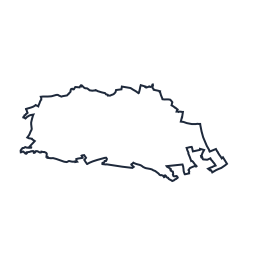 Boghis, Salaj, Romania, rotated 13°
{"feature_id": "2599482B63349683739439", "entity_name": "Boghis", "entity_type": "district", "adm_level": 2, "iso_a3": "ROU", "parent_name": "Romania", "parent_adm1": "Salaj", "projection": "equal_earth", "projection_center": [22.749, 47.16], "detail": "fine", "context": "isolated", "style": "outline", "palette": "slate", "viewbox_px": 256, "rotation_deg": 13, "n_neighbors": 0, "source": "geoboundaries", "source_scale": "gbopen_adm2", "svg_char_len": 5815}
<svg xmlns="http://www.w3.org/2000/svg" viewBox="0 0 256 256"><g transform="rotate(13 128 128)"><path d="M92.6,168.9L94.6,170.9L95.6,171.7L96.2,172.3L96.3,172.3L98.3,170.5L101.1,168.5L105.1,166.1L112.1,162.3L113.4,161.9L114.4,162.9L114.4,163.4L114.2,164.1L114.2,164.4L113.9,164.9L113.9,165.1L113.5,165.2L113.0,165.2L112.7,165.4L112.7,165.7L112.8,165.9L112.5,166.4L112.2,167.2L112.0,167.4L111.1,167.6L110.9,168.0L111.2,168.9L114.8,168.5L115.3,168.2L131.1,167.0L141.2,165.9L142.3,164.6L139.8,163.2L139.5,162.9L139.4,162.7L139.5,162.5L140.4,161.7L141.0,160.6L142.0,160.9L144.1,161.2L146.7,161.3L147.5,161.3L147.8,161.4L148.6,161.4L150.6,162.1L151.3,162.5L153.5,163.0L154.6,163.1L158.8,162.9L160.6,163.0L162.1,163.5L164.2,163.8L168.0,165.5L169.3,166.5L170.5,166.7L171.1,166.4L171.7,166.4L172.8,166.7L173.4,167.0L174.2,167.8L174.6,167.5L174.6,167.3L174.5,166.9L173.7,166.2L174.1,166.3L174.1,166.2L174.4,166.0L175.0,165.8L176.1,166.5L176.9,167.3L177.6,167.6L178.3,167.5L179.1,168.4L180.2,168.8L180.4,168.8L182.5,169.4L183.0,169.7L184.4,168.8L185.5,167.4L186.3,166.9L186.5,166.4L187.4,165.7L187.6,165.1L186.9,164.3L186.4,164.0L185.8,163.9L184.8,164.4L183.8,164.7L183.5,164.7L183.0,164.5L182.2,163.3L182.4,162.6L181.5,160.4L180.5,160.2L180.4,160.3L179.3,159.9L179.3,159.4L178.8,159.3L178.6,159.0L178.8,158.5L178.8,158.3L178.2,158.0L174.6,156.9L174.2,156.5L189.3,151.3L190.4,153.1L191.1,154.9L191.3,155.4L191.9,157.4L192.5,158.5L193.7,160.3L193.9,160.3L197.7,158.5L197.3,157.7L197.5,157.3L197.5,156.7L196.9,155.7L196.6,155.6L196.4,155.4L196.6,155.1L197.1,153.7L197.5,153.0L199.6,151.4L201.7,150.0L202.8,150.3L203.1,150.2L203.4,149.8L203.0,149.4L201.7,148.7L198.9,146.3L198.0,145.8L197.2,145.7L197.0,145.9L194.6,142.2L193.0,140.0L192.5,139.3L192.5,138.7L192.4,138.4L190.8,136.3L189.6,134.2L190.6,133.8L192.0,133.0L194.3,132.1L194.7,132.6L196.5,136.2L202.9,133.2L202.8,132.1L207.1,132.3L206.6,134.2L206.3,135.0L205.9,137.8L206.1,138.4L205.4,138.8L206.1,140.2L206.4,140.3L207.0,139.9L207.9,141.5L208.3,141.7L212.3,141.1L213.2,140.5L215.1,139.0L216.4,140.5L216.8,140.8L217.3,140.9L218.6,142.1L219.1,142.4L220.5,143.5L220.9,144.0L221.8,144.9L219.8,146.2L219.1,146.9L217.4,148.0L215.2,149.7L217.5,150.8L217.9,150.3L218.2,150.4L219.4,151.4L220.1,152.3L223.2,149.3L225.4,147.6L227.9,145.9L231.2,142.3L232.5,140.6L227.1,135.2L226.2,136.5L225.9,136.2L224.2,134.6L223.0,133.6L222.6,133.1L222.3,132.9L221.9,132.5L221.6,132.3L221.3,131.7L221.0,131.4L220.5,130.9L220.2,130.8L218.4,128.7L212.9,132.6L212.2,131.8L212.2,131.5L212.0,131.1L208.8,127.7L208.0,126.6L203.3,120.1L200.4,114.7L198.1,109.6L197.4,107.8L195.7,108.2L194.7,108.3L192.9,109.0L189.3,109.8L187.2,109.9L184.1,110.0L180.7,109.6L178.0,109.9L178.1,105.4L178.3,105.4L177.9,100.0L177.0,100.2L175.7,100.2L173.9,100.6L173.7,100.7L173.7,100.9L173.6,101.0L173.1,100.8L171.6,101.1L171.6,100.7L171.9,99.7L172.0,99.0L172.1,98.8L170.9,98.3L170.6,98.0L169.3,97.7L169.1,97.4L168.1,97.1L167.3,96.7L165.3,96.1L165.4,95.3L165.3,94.9L165.4,92.9L163.7,91.5L162.6,90.9L160.7,91.1L157.0,92.0L155.5,92.2L155.1,92.2L154.7,91.4L152.6,88.4L151.6,86.5L151.3,86.2L151.0,86.1L151.0,85.0L148.7,84.9L144.4,85.0L144.2,84.7L143.9,84.0L143.6,83.8L143.3,83.7L142.9,83.4L142.7,83.0L142.2,82.5L142.2,82.3L142.7,81.6L142.8,81.2L142.4,80.0L142.1,80.1L142.0,80.4L142.1,81.7L140.8,82.8L140.5,83.0L139.9,83.0L139.3,82.7L138.1,83.7L137.2,84.1L136.6,84.5L135.7,84.3L135.7,83.7L130.8,83.4L130.7,85.1L130.8,88.0L130.7,91.5L131.1,92.0L127.3,90.4L124.0,89.4L122.2,88.7L121.2,88.5L112.7,89.0L112.9,91.8L107.8,93.7L107.8,95.2L107.7,96.1L107.3,96.8L106.5,98.1L105.4,99.0L104.3,99.6L103.6,100.3L103.0,100.5L101.1,100.9L100.9,100.3L100.8,100.2L98.9,100.1L98.0,99.3L97.4,99.1L96.8,99.2L94.7,99.2L90.2,98.9L88.3,98.4L88.0,98.4L88.0,98.7L87.1,98.9L84.8,99.7L82.1,99.9L80.6,99.1L79.2,98.6L77.4,98.9L76.4,98.7L73.5,97.0L73.2,97.8L72.4,97.3L71.9,98.3L71.7,99.3L67.6,99.9L67.3,100.1L66.6,102.4L66.3,102.6L65.7,102.7L65.2,102.3L64.8,102.3L63.9,102.8L63.7,103.2L63.6,104.1L63.6,104.5L63.8,104.8L63.7,105.9L62.7,107.5L62.5,108.2L62.0,108.6L61.5,109.7L61.2,110.0L57.2,111.7L56.0,112.4L53.3,111.9L52.6,111.6L51.6,111.6L50.5,112.0L46.7,114.1L45.7,114.5L42.7,115.4L38.3,116.4L36.0,117.2L36.8,118.5L37.1,119.9L36.9,120.1L36.4,121.8L36.2,123.6L35.7,126.6L35.7,127.1L32.8,126.4L32.2,127.3L30.5,128.8L28.8,129.9L24.3,132.4L24.4,132.7L25.2,133.4L25.9,134.7L26.7,135.7L26.7,136.0L26.0,136.8L25.5,137.2L25.4,138.0L24.9,138.6L24.4,138.8L24.4,139.3L24.4,139.5L24.1,139.8L24.1,140.2L23.6,140.8L23.5,141.1L23.6,141.3L23.8,141.3L24.7,141.3L25.9,141.8L26.3,141.3L27.1,140.0L29.0,138.1L30.0,137.4L32.8,136.2L32.6,137.1L32.4,141.2L32.4,144.3L32.8,146.1L34.4,150.5L34.4,151.0L34.3,152.0L33.9,153.3L33.4,156.4L33.1,157.4L32.0,159.9L33.8,160.3L34.6,160.2L36.8,160.1L37.0,160.5L40.1,161.7L36.2,168.4L37.8,168.5L38.8,168.7L36.6,169.4L34.4,169.8L33.5,169.9L32.2,169.7L31.9,169.9L31.5,170.4L30.9,170.9L29.7,171.3L29.5,171.9L28.9,172.8L28.7,173.6L28.5,173.9L28.5,174.4L29.0,175.8L29.7,175.5L30.6,174.7L31.0,174.5L32.4,175.1L33.8,176.0L34.6,176.0L35.0,175.5L34.5,174.8L34.6,174.5L35.7,174.2L35.9,174.0L37.1,173.6L38.0,173.1L38.9,172.4L39.2,172.5L40.6,171.8L40.8,171.8L41.4,172.1L41.6,173.0L41.8,173.4L42.3,173.3L42.8,172.9L43.0,172.6L42.8,172.3L42.8,172.0L43.0,171.6L43.2,171.4L43.8,171.2L44.2,171.1L44.6,171.2L45.1,171.0L47.5,171.7L47.8,171.6L48.5,171.5L48.8,171.3L48.9,170.5L49.0,170.5L50.8,170.5L51.9,170.2L53.8,170.6L54.1,170.8L54.5,171.4L54.7,171.5L55.0,174.4L56.1,174.2L56.2,175.2L58.1,175.0L59.7,174.8L61.7,174.2L62.3,174.2L65.2,174.3L72.4,175.1L73.5,175.2L75.9,175.0L76.6,174.5L77.6,173.6L78.3,173.4L80.7,173.4L82.2,173.2L83.8,172.5L84.2,173.1L86.0,172.3L85.3,171.8L84.6,169.9L86.2,169.0L90.5,167.3L90.5,167.1L89.0,165.4L89.5,165.0L91.4,164.3L92.0,164.9L93.8,166.5L92.8,168.6L92.6,168.7L92.6,168.9Z" fill="none" stroke="#1e293b" stroke-width="2"/></g></svg>